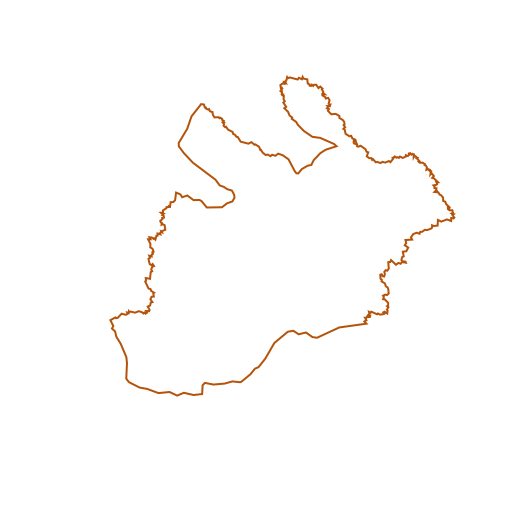 outline of Tha Khantho, Kalasin, Thailand, rotated 129°
{"feature_id": "78962969B25988571892080", "entity_name": "Tha Khantho", "entity_type": "district", "adm_level": 2, "iso_a3": "THA", "parent_name": "Thailand", "parent_adm1": "Kalasin", "projection": "equal_earth", "projection_center": [103.183, 16.877], "detail": "fine", "context": "isolated", "style": "outline", "palette": "amber", "viewbox_px": 512, "rotation_deg": 129, "n_neighbors": 0, "source": "geoboundaries", "source_scale": "gbopen_adm2", "svg_char_len": 6029}
<svg xmlns="http://www.w3.org/2000/svg" viewBox="0 0 512 512"><g transform="rotate(129 256 256)"><path d="M171.0,391.7L172.5,394.2L188.1,394.0L200.4,389.5L216.8,387.2L219.3,385.0L221.4,377.0L223.2,363.8L222.2,335.5L224.0,328.6L222.5,324.4L222.2,320.4L220.3,316.0L222.1,311.6L224.2,309.4L228.5,308.7L233.4,311.7L239.5,313.1L249.3,324.8L247.6,332.8L248.0,335.1L251.9,339.8L252.2,347.4L256.8,350.4L255.7,353.6L257.0,358.0L263.5,354.0L266.1,354.2L267.9,356.2L271.9,353.8L272.2,355.1L272.9,354.7L274.3,356.3L275.3,355.7L279.1,357.0L280.9,355.6L281.6,356.4L281.4,355.4L282.2,356.2L282.2,354.4L283.0,354.4L282.5,353.6L284.1,351.7L285.5,352.8L286.1,352.0L289.0,352.5L289.8,351.2L289.5,350.1L291.1,349.1L290.1,348.7L289.5,346.5L292.7,343.0L296.1,344.9L296.6,344.1L296.7,345.2L297.3,344.5L298.8,345.1L299.4,344.0L300.5,346.7L302.2,345.3L303.0,346.1L306.6,344.5L306.4,346.3L307.1,346.3L307.2,348.6L308.5,350.6L309.4,348.5L310.9,350.4L313.0,345.7L315.8,343.6L315.5,341.0L317.1,338.3L318.4,338.9L319.2,337.4L320.9,337.9L322.0,336.8L323.0,339.1L324.1,337.2L325.8,337.8L327.4,335.9L329.2,333.4L328.9,331.5L327.3,331.3L328.0,328.9L329.7,329.8L332.5,328.9L333.2,327.1L334.8,327.7L340.4,324.0L342.5,327.8L344.5,325.9L345.5,326.1L348.9,319.1L348.1,317.1L349.1,315.4L348.7,312.1L349.6,312.4L351.8,309.9L353.4,311.5L356.1,310.8L357.0,307.5L358.4,308.5L361.1,307.1L363.4,308.3L364.9,304.7L366.2,304.4L367.9,306.8L368.6,305.1L370.3,305.5L370.1,307.1L371.5,307.3L371.4,308.9L372.6,312.3L376.2,314.4L378.1,318.5L379.2,319.1L379.0,319.9L380.4,319.0L381.0,320.6L381.8,319.4L383.6,320.1L385.4,324.1L391.2,324.6L392.4,325.6L392.2,326.6L397.5,328.8L400.2,322.8L403.0,322.3L403.3,318.0L406.6,313.8L409.4,305.8L416.2,293.1L420.4,288.9L433.0,279.6L434.0,275.3L431.5,263.7L427.8,256.9L423.9,245.5L416.1,237.6L414.1,229.4L407.7,226.0L403.3,217.0L397.2,211.0L390.1,216.1L386.8,215.9L382.7,208.2L374.9,200.1L368.3,195.4L364.1,188.9L362.8,188.2L351.3,185.9L344.2,185.9L340.8,184.1L329.9,184.2L312.0,187.0L294.8,183.6L290.6,179.9L290.0,173.6L284.0,169.0L283.5,161.1L281.1,157.1L259.1,146.3L239.1,127.6L238.7,130.6L236.5,129.7L235.4,132.4L234.6,131.4L232.5,131.6L232.9,130.3L231.6,129.1L230.3,129.8L231.1,131.7L229.2,131.7L228.3,133.0L227.9,131.2L226.7,131.3L225.1,125.2L224.0,125.1L223.4,122.6L220.7,120.1L220.1,119.9L219.7,121.6L218.3,121.0L218.1,117.8L215.7,119.3L215.3,120.5L212.5,120.9L212.5,122.5L211.5,122.0L209.2,123.9L208.7,128.8L209.6,130.0L207.3,130.9L206.9,132.3L204.6,131.2L204.0,129.6L201.6,129.3L198.4,132.5L197.6,133.9L197.8,136.0L196.2,138.6L196.7,142.4L195.4,143.1L195.3,144.9L192.4,147.6L191.1,146.9L192.0,144.8L191.3,143.5L188.9,144.5L187.6,146.3L185.4,146.3L184.8,144.7L182.2,144.9L177.6,149.3L176.2,147.9L174.2,148.5L174.7,141.7L171.7,140.9L171.0,138.7L168.8,138.7L166.9,135.3L166.3,136.3L167.9,138.8L167.6,140.5L164.9,141.7L163.3,141.0L160.3,144.6L157.7,142.2L153.7,143.0L154.0,147.2L151.4,147.4L149.5,149.9L145.0,145.0L144.0,147.3L140.0,147.6L136.7,145.7L135.8,142.9L134.0,143.6L132.6,142.1L129.4,141.3L128.2,139.4L125.0,137.4L123.1,137.0L121.3,138.5L120.8,136.7L118.1,134.0L113.5,137.3L112.7,133.7L107.4,130.6L106.0,126.4L103.6,128.2L102.5,126.1L101.4,126.0L100.5,129.2L99.0,128.7L99.7,130.7L98.4,130.2L96.9,132.2L98.7,134.4L98.7,136.4L97.9,137.1L98.0,135.5L96.4,136.0L96.0,140.9L94.7,143.0L95.4,145.1L92.8,147.5L92.3,150.9L92.8,152.0L91.8,154.3L93.9,157.6L92.1,157.4L91.6,156.3L91.1,157.8L89.8,158.4L90.9,160.1L89.6,161.0L89.4,162.5L87.0,160.5L85.8,160.5L85.0,162.4L84.1,161.2L83.7,166.5L84.4,168.2L81.9,168.1L81.2,171.6L82.9,171.7L80.8,173.0L80.6,174.4L79.9,173.7L79.6,175.0L80.1,176.8L81.8,177.8L79.6,178.9L78.8,181.0L79.2,182.2L78.3,182.6L78.6,185.2L80.5,187.5L80.3,189.1L79.4,188.7L79.0,191.8L78.1,192.1L78.9,193.2L78.1,193.7L78.1,194.9L78.9,195.5L78.5,196.0L80.0,195.7L78.0,197.4L78.1,198.7L79.5,199.1L79.1,201.0L80.1,201.7L81.1,200.7L82.7,200.9L83.3,202.9L84.2,202.1L87.5,203.7L88.1,206.7L89.8,206.7L90.1,208.2L91.2,208.7L91.3,210.7L92.3,210.6L93.0,211.8L92.9,211.0L93.8,211.6L94.4,210.6L98.5,210.6L98.6,212.5L102.0,214.3L103.3,217.0L105.4,217.7L106.6,221.0L107.8,221.9L107.1,226.2L108.2,226.3L107.4,227.9L108.7,229.6L108.8,232.7L104.8,234.0L105.4,235.8L104.1,238.0L104.5,244.1L106.6,245.2L107.1,246.5L105.5,247.7L105.5,249.2L106.2,249.0L106.8,250.5L106.4,251.6L104.9,252.5L104.1,250.5L103.1,252.0L104.0,255.1L102.7,257.6L104.1,258.6L104.7,263.2L102.0,266.6L102.2,268.1L99.8,267.8L99.1,270.3L98.0,270.0L96.3,271.8L95.7,274.1L96.2,278.1L94.7,279.4L95.4,283.5L98.5,286.7L97.9,291.5L96.0,291.8L96.6,293.8L94.8,293.8L94.5,294.8L93.2,292.8L91.5,293.5L92.2,294.2L92.0,295.4L88.6,296.9L87.7,299.4L89.7,300.9L88.9,302.2L89.4,305.5L88.5,306.3L87.1,304.4L87.1,306.6L86.1,307.0L85.1,309.6L84.1,309.6L83.9,312.7L86.2,313.1L85.0,317.0L86.5,318.7L87.9,318.6L87.7,320.4L89.3,320.3L89.9,321.6L88.9,322.4L89.4,324.4L86.4,327.3L88.3,330.8L87.5,332.4L89.8,331.6L90.5,334.8L92.6,334.7L95.9,342.0L97.6,342.9L97.3,344.4L100.8,342.8L102.1,343.3L102.8,341.7L103.3,343.6L104.3,342.3L105.0,343.9L107.9,344.6L109.5,342.7L108.9,341.9L109.4,340.9L110.0,341.1L110.0,342.5L111.3,340.0L112.4,340.6L112.5,338.7L114.0,337.9L113.4,336.6L114.5,336.5L114.1,335.0L116.7,333.4L117.7,331.0L119.6,331.3L121.1,326.4L123.3,327.0L123.8,321.8L125.7,318.3L125.6,314.9L126.9,314.5L126.5,309.3L127.7,306.0L128.7,297.6L127.9,287.2L123.8,280.4L119.8,265.7L120.0,262.5L129.5,268.7L135.5,270.7L145.3,271.5L150.4,270.3L153.4,272.7L159.6,275.1L165.3,275.1L166.3,276.7L165.7,279.2L160.4,291.6L160.9,298.6L162.5,303.2L165.9,304.0L167.2,307.2L169.3,307.6L169.8,310.7L171.4,312.0L171.5,315.7L170.4,319.0L170.9,319.3L169.2,322.4L169.7,326.8L170.5,327.2L170.4,331.2L173.5,332.6L176.8,339.9L175.0,345.1L175.7,346.2L175.0,348.6L175.5,350.6L174.3,352.3L175.4,357.2L174.4,360.7L175.3,361.0L175.2,363.2L173.6,363.8L173.2,365.8L172.4,365.2L172.4,366.1L171.3,366.0L171.5,368.1L170.7,368.7L171.1,371.0L171.9,371.1L171.8,372.5L174.4,375.5L173.4,378.4L171.5,380.4L172.5,382.8L171.4,385.0L172.3,385.3L173.0,388.0L172.2,388.4L172.6,389.6L171.0,391.7Z" fill="none" stroke="#b45309" stroke-width="2"/></g></svg>